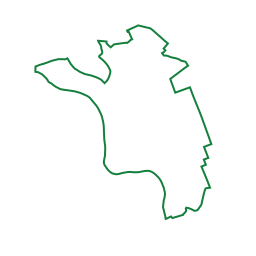 outline of Giurgeni, Ialomita, Romania, rotated 167°
{"feature_id": "2599482B95773019331943", "entity_name": "Giurgeni", "entity_type": "district", "adm_level": 2, "iso_a3": "ROU", "parent_name": "Romania", "parent_adm1": "Ialomita", "projection": "albers", "projection_center": [27.835, 44.741], "detail": "fine", "context": "isolated", "style": "outline", "palette": "green", "viewbox_px": 256, "rotation_deg": 167, "n_neighbors": 0, "source": "geoboundaries", "source_scale": "gbopen_adm2", "svg_char_len": 5015}
<svg xmlns="http://www.w3.org/2000/svg" viewBox="0 0 256 256"><g transform="rotate(167 128 128)"><path d="M171.4,209.5L173.5,209.1L173.8,209.1L174.4,209.2L174.9,209.3L175.8,209.7L176.5,209.9L176.8,209.9L178.4,210.2L179.3,210.5L179.9,210.7L181.6,210.7L184.2,210.7L186.4,210.6L187.2,210.6L188.1,210.5L188.7,210.4L189.5,210.3L190.1,210.2L192.3,209.9L193.6,209.8L195.6,209.6L195.8,209.5L196.0,209.6L196.8,209.5L197.5,209.5L199.0,209.4L199.5,209.4L201.1,209.2L202.6,208.9L204.3,208.7L204.4,208.2L204.5,207.5L204.6,207.4L204.7,207.1L204.8,206.8L204.9,206.6L205.4,204.5L205.6,203.6L202.9,202.5L199.6,199.6L197.1,195.8L195.7,193.4L195.6,192.3L194.9,190.7L193.7,189.5L192.3,188.3L191.2,186.7L189.0,184.3L187.4,183.0L185.6,181.4L183.4,180.3L174.1,176.7L171.3,175.5L168.1,173.8L165.4,172.1L160.3,168.2L158.5,166.2L153.6,156.5L152.6,153.6L151.2,147.5L150.9,145.6L150.8,139.6L151.2,135.4L153.7,122.1L154.4,115.0L155.0,112.4L156.7,106.1L158.8,101.5L159.1,100.5L159.3,99.9L159.3,98.9L159.3,98.3L159.2,97.4L158.9,96.6L157.5,92.9L156.2,90.4L155.5,89.5L154.3,88.1L153.8,87.6L152.9,86.9L152.6,86.9L152.4,86.8L151.2,86.2L150.8,86.0L150.7,85.9L150.2,85.7L149.9,85.6L149.0,85.4L148.6,85.4L147.8,85.4L147.6,85.3L147.0,85.3L146.9,85.3L146.7,85.3L146.3,85.3L145.8,85.3L145.2,85.4L142.4,85.4L141.3,85.3L140.9,85.3L140.7,85.3L140.1,85.3L139.2,85.2L138.9,85.2L138.5,85.2L138.1,85.1L137.3,85.0L135.9,84.7L135.7,84.7L134.3,84.2L134.2,84.2L133.6,84.0L133.1,83.8L132.9,83.8L132.8,83.7L131.8,83.5L131.7,83.4L129.5,82.9L128.7,82.8L128.6,82.7L128.4,82.7L127.4,82.6L127.1,82.6L126.0,82.5L125.4,82.5L122.8,82.4L121.1,82.3L120.9,82.3L120.4,82.2L120.2,82.1L118.4,81.9L118.0,81.7L117.8,81.6L117.7,81.6L116.7,81.2L116.0,80.9L114.5,79.7L114.2,79.5L113.1,78.3L112.0,76.9L111.1,75.6L110.5,74.6L110.4,74.5L109.6,73.2L109.0,72.1L108.9,71.8L108.0,69.5L107.7,68.2L107.6,67.9L107.4,67.2L107.4,66.8L107.2,65.8L107.2,65.7L106.8,63.1L106.7,63.0L106.7,62.8L106.6,61.1L106.6,60.9L106.6,60.6L106.6,58.7L106.6,57.8L106.6,57.5L106.6,57.0L106.8,55.5L107.1,54.4L107.2,54.1L107.4,53.7L107.8,52.6L108.0,52.2L108.1,51.9L108.4,51.4L108.7,50.8L109.0,50.2L109.5,49.3L109.8,48.5L109.9,48.1L110.2,47.4L110.3,46.9L110.4,46.7L110.7,45.9L110.8,45.6L110.9,45.4L111.5,43.6L111.6,43.1L111.7,41.9L111.6,40.9L111.6,40.3L111.6,39.4L111.6,39.1L111.6,38.4L111.6,37.4L111.6,35.5L111.5,35.1L111.6,33.0L111.7,31.3L111.7,30.9L111.3,30.9L110.8,31.0L110.5,31.1L108.4,31.6L107.5,31.8L106.1,32.1L105.9,32.1L105.8,31.9L105.8,31.7L105.7,31.3L105.6,31.2L105.4,30.9L105.2,30.6L105.1,30.4L104.9,30.3L104.7,30.3L104.1,30.3L103.6,30.4L103.3,30.4L101.8,30.5L101.3,30.5L101.0,30.5L99.9,30.6L98.3,30.7L93.8,31.0L93.7,31.3L93.5,31.6L93.4,31.7L93.0,31.9L92.8,32.1L92.3,32.3L91.9,32.5L91.1,33.2L90.3,33.8L90.1,34.0L89.9,34.3L89.8,34.6L89.8,34.8L89.8,35.2L89.8,35.5L89.9,35.9L89.9,36.1L89.8,36.3L89.8,36.5L89.7,36.6L89.5,36.9L89.4,37.0L89.2,37.2L88.9,37.2L88.7,37.1L87.1,36.4L86.8,36.1L85.5,35.3L84.8,34.8L84.4,34.5L83.8,34.0L83.3,33.6L83.0,33.3L82.7,33.0L82.6,32.9L82.2,32.6L81.9,32.5L81.3,32.3L81.1,32.3L80.8,32.2L80.6,32.2L79.7,32.3L79.3,32.4L79.2,32.4L78.9,32.3L77.6,33.3L73.8,36.7L72.6,39.2L71.3,41.9L69.3,46.1L67.7,49.1L66.5,51.0L66.2,51.4L65.9,51.7L65.5,51.7L61.5,51.4L61.6,52.2L61.8,53.4L61.9,54.2L62.1,55.5L62.4,57.7L63.3,63.2L63.6,65.1L65.1,73.9L60.4,74.7L61.2,80.2L56.5,80.8L58.2,92.5L50.4,93.6L54.0,123.6L57.3,144.5L58.5,153.7L74.0,151.8L75.8,166.3L58.8,173.9L55.5,175.2L57.0,179.6L61.7,182.0L62.4,183.1L64.8,184.7L65.3,185.0L69.4,186.9L70.0,187.2L70.5,187.5L73.3,189.4L74.8,190.1L76.5,190.4L76.7,190.7L76.8,190.8L76.9,191.0L77.2,191.5L78.0,193.3L76.8,193.7L76.5,193.7L76.1,193.9L75.9,194.0L75.5,194.3L74.1,195.3L75.4,197.4L70.1,201.4L72.7,204.8L76.0,209.5L81.3,216.9L81.6,217.4L83.7,219.9L84.0,220.2L86.9,221.6L94.9,225.6L95.1,225.7L95.3,225.6L97.4,225.1L100.6,224.5L102.7,224.1L102.9,224.0L107.0,223.2L106.7,221.8L105.7,222.0L105.1,218.9L104.0,213.5L105.5,213.2L105.8,213.2L106.1,212.9L107.8,211.9L108.1,211.8L109.3,211.2L109.5,211.1L109.9,211.1L110.0,211.2L110.4,211.4L110.6,211.5L111.1,211.6L113.6,211.8L114.3,211.9L115.3,212.0L121.1,212.5L122.5,212.6L122.8,212.6L123.1,212.4L123.4,212.3L126.7,210.5L127.4,211.5L128.6,213.1L128.8,213.4L129.1,213.9L129.4,214.6L129.5,214.8L129.7,215.0L129.8,215.1L129.5,217.1L129.8,217.2L136.1,219.3L137.5,219.7L137.5,219.4L137.4,218.9L137.3,218.3L137.1,217.8L136.8,217.0L136.6,216.5L136.4,216.0L136.2,215.2L136.0,214.7L136.0,214.0L135.9,213.4L136.0,212.2L136.1,211.7L136.1,211.2L136.1,210.6L136.0,210.0L136.0,208.9L136.0,208.2L136.0,207.7L136.2,207.1L136.4,206.7L136.5,206.5L136.7,206.3L137.1,206.1L138.3,205.4L139.0,205.2L139.4,204.9L139.8,204.6L140.0,204.3L140.1,204.1L140.1,203.9L140.1,203.7L139.4,202.7L138.5,201.5L138.0,200.9L137.5,200.2L137.1,199.6L136.7,199.0L136.4,198.5L136.0,198.0L134.3,194.7L133.5,192.7L132.4,188.6L132.4,187.2L132.9,185.8L133.8,184.0L135.1,181.9L136.3,180.4L137.7,178.9L140.7,177.0L143.6,181.5L147.5,184.6L152.7,187.8L157.8,190.2L162.1,193.4L166.8,198.2L169.2,202.8L171.4,209.5Z" fill="none" stroke="#15803d" stroke-width="2"/></g></svg>